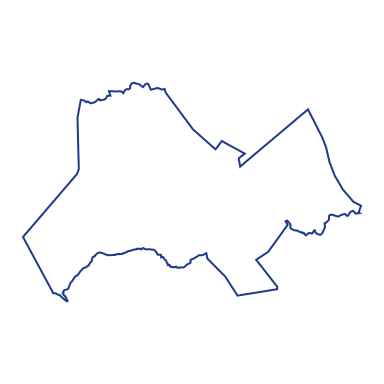 the district of Santa María Tecomavaca, Oaxaca, Mexico
{"feature_id": "50627088B6219155410913", "entity_name": "Santa María Tecomavaca", "entity_type": "district", "adm_level": 2, "iso_a3": "MEX", "parent_name": "Mexico", "parent_adm1": "Oaxaca", "projection": "mercator", "projection_center": [-97.1, 17.955], "detail": "fine", "context": "isolated", "style": "outline", "palette": "blue", "viewbox_px": 384, "rotation_deg": 0, "n_neighbors": 0, "source": "geoboundaries", "source_scale": "gbopen_adm2", "svg_char_len": 4733}
<svg xmlns="http://www.w3.org/2000/svg" viewBox="0 0 384 384"><path d="M164.6,88.9L161.9,89.6L157.7,87.9L150.9,89.7L148.0,83.7L146.7,83.6L145.2,84.4L143.0,87.1L139.2,84.3L133.5,82.8L131.4,83.7L130.2,85.8L130.2,88.1L128.7,89.4L127.8,89.1L126.2,89.3L124.3,91.0L123.4,93.2L121.1,91.5L120.0,91.2L117.4,91.5L109.0,91.1L110.4,95.7L107.2,95.9L105.8,98.5L104.9,99.4L99.9,100.4L99.4,99.2L98.4,99.0L97.3,100.2L94.5,102.4L90.5,103.3L87.8,101.4L86.6,102.2L85.6,101.7L84.4,100.6L80.8,99.9L77.5,117.8L78.4,154.2L78.6,160.4L78.8,169.0L77.0,174.0L23.0,237.0L52.1,291.0L53.1,293.2L54.2,293.2L55.1,293.4L55.9,293.4L56.7,294.0L58.0,294.7L59.1,295.0L59.8,295.1L60.4,295.4L60.6,296.1L61.3,296.9L62.0,297.4L62.8,298.0L63.3,298.6L64.0,299.1L64.6,299.7L65.4,300.2L66.6,301.1L67.5,301.2L67.5,300.7L67.0,299.8L66.3,298.7L66.1,297.8L65.7,297.5L65.4,297.0L65.4,296.7L65.2,296.7L64.9,296.3L64.8,295.8L63.6,294.9L63.6,294.6L63.0,293.7L62.8,293.5L63.5,292.5L63.1,292.1L63.7,290.8L64.6,290.0L66.2,289.7L67.5,289.2L68.3,288.6L68.7,287.6L69.2,286.1L69.8,284.7L70.4,283.1L71.2,282.0L72.0,281.4L72.5,280.4L73.2,279.4L74.1,278.1L74.7,277.2L75.3,276.5L76.1,275.9L77.2,275.4L78.1,274.5L79.1,273.1L80.3,271.4L81.3,270.3L82.0,269.5L82.9,268.6L83.7,268.0L84.9,267.7L86.2,267.2L86.8,266.6L87.3,266.0L88.2,265.7L88.8,265.4L89.0,264.7L89.4,264.0L89.8,263.4L90.1,262.7L90.7,262.2L91.5,261.6L91.6,261.2L91.8,260.2L92.2,259.7L92.2,258.9L92.4,257.5L92.9,257.0L93.7,256.5L94.2,256.7L94.8,256.0L95.7,254.8L96.7,253.9L98.1,252.8L99.2,252.5L100.1,252.5L101.3,252.8L103.5,253.5L104.1,253.8L104.5,254.0L105.5,254.4L106.4,254.8L107.2,254.9L108.3,255.3L110.3,255.1L112.1,255.1L113.3,255.0L114.2,255.1L115.0,254.5L115.9,254.8L117.0,254.1L118.0,253.9L118.3,253.9L118.7,254.2L119.4,254.2L119.9,253.9L120.6,254.0L121.1,254.1L121.9,254.0L122.9,253.7L123.6,252.9L124.7,252.7L125.4,252.9L125.7,252.5L126.5,252.0L127.3,251.8L127.8,251.3L128.7,251.0L129.7,251.0L130.9,250.6L131.9,250.3L133.0,249.8L134.1,249.6L135.0,249.5L135.8,249.4L136.3,249.2L137.1,248.7L137.5,248.8L137.9,249.1L138.5,248.9L139.1,248.6L139.7,248.9L140.4,248.9L140.9,249.3L141.5,249.3L142.2,248.4L143.2,248.1L144.2,248.6L145.0,249.0L145.9,249.3L147.5,249.4L149.1,249.1L151.4,249.6L153.5,249.7L154.5,250.3L155.4,251.0L156.0,251.7L156.7,252.9L157.2,253.9L157.8,254.7L158.6,254.8L159.7,254.6L160.9,254.8L161.1,255.8L161.2,257.4L162.0,257.1L162.9,256.9L163.5,257.5L164.2,258.9L165.0,259.7L166.2,260.6L166.5,261.8L166.7,262.7L167.1,263.0L167.5,263.4L167.9,263.9L168.0,264.2L167.9,264.6L167.8,265.1L168.9,265.1L169.5,265.0L170.1,265.7L170.1,266.3L170.3,266.5L170.7,266.6L171.0,266.9L171.5,267.1L172.1,267.1L172.8,266.9L173.3,267.1L173.9,267.4L174.9,267.0L175.4,266.7L176.1,266.6L176.5,267.4L177.7,267.6L178.8,267.8L179.5,267.8L180.5,267.4L181.9,267.4L182.4,267.4L182.8,267.4L183.4,267.4L184.1,267.1L184.8,266.7L185.6,265.9L186.2,265.3L187.0,264.6L187.8,264.2L188.4,263.8L189.6,263.3L190.0,263.2L190.4,262.9L190.7,262.2L190.7,261.5L190.3,260.9L190.4,260.1L191.1,259.5L191.9,259.3L193.1,258.8L194.1,258.4L194.7,257.9L195.5,257.5L196.2,257.0L196.9,256.7L197.5,256.4L198.4,255.6L199.0,255.2L199.7,255.2L200.8,255.3L202.0,255.2L202.8,255.0L204.2,254.4L205.3,253.6L206.3,253.2L207.4,258.6L225.2,276.5L237.5,295.6L258.1,292.3L277.1,289.2L277.3,286.8L273.3,281.7L256.2,259.8L268.2,251.8L283.0,231.4L283.9,230.0L287.1,225.6L287.3,225.5L287.6,225.0L286.1,222.1L285.6,221.3L287.2,220.6L289.5,223.0L290.5,225.1L290.6,225.6L290.4,226.3L290.3,227.1L290.7,228.5L294.6,230.4L296.1,230.4L296.5,230.6L297.3,230.5L298.3,231.2L298.8,231.5L299.4,231.9L300.1,232.1L301.1,232.1L302.3,232.5L302.1,232.8L302.7,233.3L303.5,232.9L304.2,233.2L305.1,234.5L305.6,235.4L307.5,234.3L307.9,233.6L309.5,232.9L310.0,232.9L311.3,233.5L312.1,233.6L314.3,230.3L314.9,230.4L315.4,232.2L315.8,232.9L318.1,234.3L320.5,234.8L322.4,233.0L325.0,227.1L324.6,223.2L325.9,222.8L328.8,220.0L329.2,215.6L330.1,214.8L332.2,214.7L337.2,216.4L338.5,216.5L341.1,215.0L344.9,213.9L347.3,216.0L348.3,215.3L350.1,212.2L351.7,211.3L353.1,210.9L355.7,213.6L359.2,213.1L358.6,212.8L361.0,205.7L353.5,201.9L342.5,189.1L341.6,187.3L336.7,179.0L335.8,177.5L334.9,176.0L333.9,173.5L332.9,171.0L332.5,169.8L331.7,167.9L331.1,166.2L330.2,163.9L329.5,162.3L329.5,162.0L328.4,157.4L327.7,154.5L327.3,152.6L326.9,150.8L326.3,148.2L326.2,147.9L325.4,145.8L324.7,143.8L324.0,142.0L322.5,137.9L322.3,137.7L322.2,137.3L318.9,130.9L318.4,129.9L316.2,125.6L316.1,125.3L313.2,119.6L312.6,118.6L312.0,117.3L310.7,114.7L310.1,113.6L308.0,109.4L245.2,162.3L244.0,163.3L243.5,163.9L242.0,165.1L241.8,165.3L241.6,165.4L240.2,166.6L238.8,159.1L238.9,158.1L244.8,153.6L223.1,141.8L221.9,140.9L217.8,146.4L215.5,149.3L193.1,129.5L183.5,116.6L165.6,92.5L164.6,88.9Z" fill="none" stroke="#1e3a8a" stroke-width="2"/></svg>